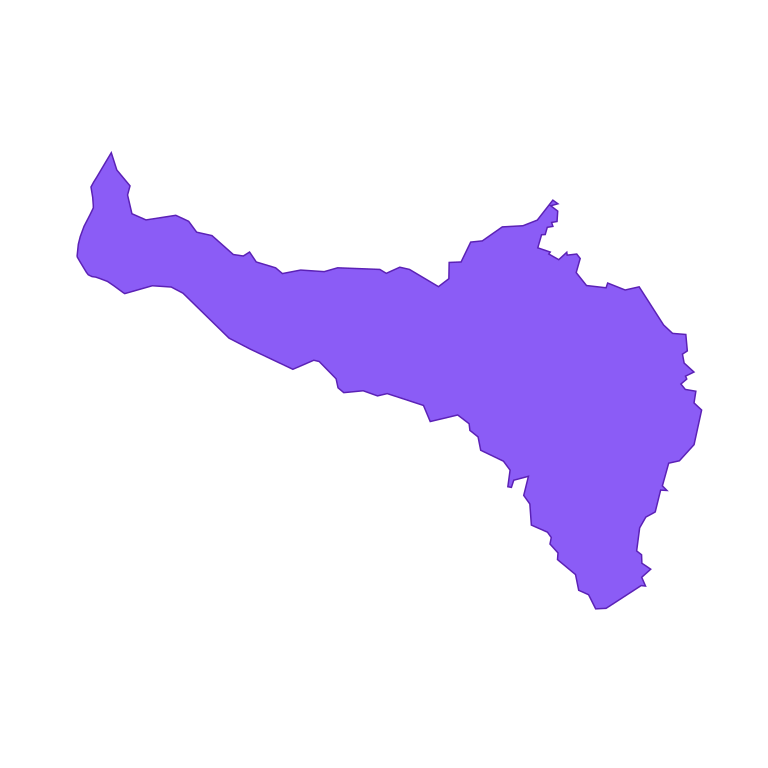 outline of Ohrid, Ohrid, North Macedonia, rotated 96°
{"feature_id": "65306769B86752814527149", "entity_name": "Ohrid", "entity_type": "district", "adm_level": 2, "iso_a3": "MKD", "parent_name": "North Macedonia", "parent_adm1": "Ohrid", "projection": "orthographic", "projection_center": [20.849, 41.081], "detail": "fine", "context": "isolated", "style": "filled", "palette": "violet", "viewbox_px": 768, "rotation_deg": 96, "n_neighbors": 0, "source": "geoboundaries", "source_scale": "gbopen_adm2", "svg_char_len": 1951}
<svg xmlns="http://www.w3.org/2000/svg" viewBox="0 0 768 768"><g transform="rotate(96 384 384)"><path d="M186.6,229.9L183.5,235.3L205.0,248.7L212.1,262.4L215.4,282.8L231.4,301.2L233.8,312.6L254.6,320.1L256.3,331.9L272.5,330.5L281.5,340.0L267.4,370.6L266.2,380.5L273.7,393.3L270.5,400.1L273.3,442.3L278.5,455.2L279.4,478.8L284.8,496.6L279.8,503.9L276.0,523.8L266.8,531.5L271.4,537.3L271.0,547.4L254.4,570.6L252.6,586.2L242.6,595.3L238.0,608.7L245.7,637.9L241.0,652.5L222.8,658.8L213.5,657.3L199.1,672.1L182.5,679.4L192.4,684.0L208.1,691.2L213.6,693.9L218.7,696.0L228.9,693.2L236.7,691.8L239.3,691.5L246.5,694.1L258.5,698.8L269.2,701.5L276.9,702.6L288.6,702.6L289.8,702.3L294.6,698.8L304.1,691.6L306.3,689.5L307.7,685.6L307.8,681.9L308.7,678.0L310.9,669.7L314.5,663.0L320.4,652.9L321.2,651.3L310.5,624.7L309.8,605.7L314.7,593.4L354.6,542.9L363.2,520.9L378.9,476.2L367.7,456.3L368.4,450.8L383.8,432.2L392.6,429.3L396.8,423.1L392.9,404.0L396.5,389.2L393.2,379.8L401.2,342.5L416.5,334.1L407.1,307.5L414.6,295.2L421.2,293.7L426.8,284.9L439.8,280.9L448.3,257.1L456.5,249.6L473.2,250.1L473.5,246.5L466.1,244.9L460.7,230.7L480.2,233.4L488.1,226.4L508.9,222.7L514.3,205.9L519.2,201.6L525.8,202.2L533.8,193.3L540.5,193.1L553.5,173.6L568.8,168.8L572.2,158.5L585.5,150.0L583.9,139.7L557.6,107.2L557.6,102.8L549.3,107.5L540.3,99.4L535.3,108.8L526.9,110.0L523.6,115.3L500.3,114.7L489.0,109.7L482.9,100.9L460.6,97.8L460.3,91.5L456.2,96.5L433.0,92.6L429.5,82.2L411.9,69.3L376.7,65.4L370.4,73.7L358.6,73.1L357.9,83.8L353.0,88.7L347.4,83.4L344.7,85.0L339.7,77.0L331.8,87.7L323.1,90.3L319.4,85.8L303.2,89.0L303.5,102.3L296.1,112.1L260.7,140.4L265.3,154.0L260.2,172.1L265.1,173.2L264.9,192.9L253.1,204.5L238.7,202.0L234.6,205.9L236.7,215.3L233.9,216.0L242.1,223.2L237.5,233.7L235.4,232.5L232.5,245.3L219.1,242.9L218.5,239.3L211.1,238.0L209.6,232.5L205.8,234.2L204.3,228.9L193.9,229.3L189.3,236.8L186.6,229.9Z" fill="#8b5cf6" stroke="#5b21b6" stroke-width="1.5"/></g></svg>